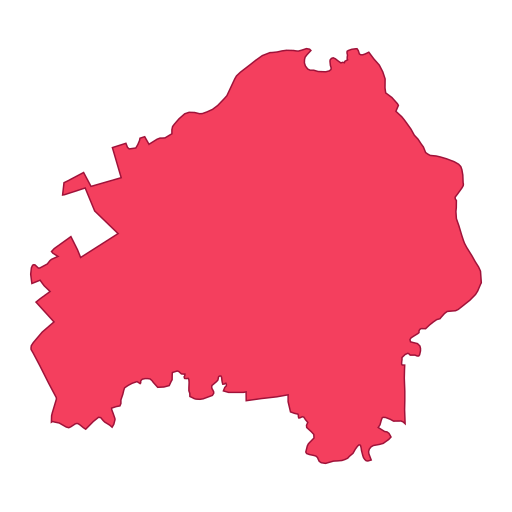 Vinh Yen, Vĩnh Phúc, Vietnam
{"feature_id": "81297802B55955468315553", "entity_name": "Vinh Yen", "entity_type": "district", "adm_level": 2, "iso_a3": "VNM", "parent_name": "Vietnam", "parent_adm1": "Vĩnh Phúc", "projection": "albers", "projection_center": [105.597, 21.306], "detail": "fine", "context": "isolated", "style": "filled", "palette": "rose", "viewbox_px": 512, "rotation_deg": 0, "n_neighbors": 0, "source": "geoboundaries", "source_scale": "gbopen_adm2", "svg_char_len": 5133}
<svg xmlns="http://www.w3.org/2000/svg" viewBox="0 0 512 512"><path d="M368.8,52.2L365.3,53.9L362.7,54.8L360.8,54.8L359.6,54.1L359.4,54.0L358.3,50.6L357.0,48.7L355.4,48.8L351.7,49.3L348.3,50.5L347.1,51.3L347.0,53.0L347.3,54.1L347.5,55.3L347.2,57.1L347.2,59.0L347.6,59.8L344.9,61.3L344.4,62.7L342.7,62.3L340.9,62.9L338.3,61.1L335.4,58.8L333.2,57.8L331.4,58.4L330.1,60.0L330.0,61.5L330.4,65.4L331.2,68.0L330.9,69.6L329.3,70.9L325.7,71.8L318.1,71.5L313.7,70.2L310.1,70.2L307.7,69.0L305.4,66.0L304.4,62.9L304.5,59.7L305.1,57.2L307.0,54.7L310.9,50.5L309.6,49.2L306.5,48.6L301.9,50.1L298.3,51.1L295.9,50.9L293.6,50.5L286.5,50.3L282.0,50.9L277.1,52.0L272.3,52.5L270.0,52.6L262.3,55.6L256.3,59.9L256.2,59.9L249.9,64.9L240.4,72.2L236.5,75.9L234.8,78.8L226.9,95.7L224.3,98.6L217.8,105.4L212.5,109.4L207.0,111.9L202.3,113.6L199.5,113.7L194.6,112.5L189.1,112.3L184.7,113.8L179.1,118.7L174.5,124.0L172.6,126.5L171.9,129.7L171.9,133.8L170.0,134.9L165.0,137.9L161.9,138.1L160.0,138.1L157.1,139.2L149.1,144.2L149.0,144.3L144.7,136.7L140.0,138.2L139.5,140.6L137.8,144.6L135.8,148.0L129.2,148.9L127.5,147.4L125.9,143.3L112.4,147.6L121.2,177.7L91.0,186.4L83.6,172.5L67.3,181.1L64.0,182.7L62.6,195.0L64.5,194.7L82.0,189.0L85.2,188.0L94.7,211.0L118.1,233.6L80.6,257.5L77.5,249.8L70.9,236.6L54.2,248.6L51.5,251.5L53.0,253.3L58.0,256.4L51.4,259.4L49.9,260.7L47.3,264.0L39.8,268.0L38.4,268.1L35.0,264.9L33.8,264.7L32.6,265.2L31.4,267.8L30.7,274.2L31.4,280.0L31.9,283.5L40.1,280.2L42.3,283.3L44.2,285.8L50.1,291.5L40.2,298.7L36.0,302.1L54.0,321.9L42.2,332.1L33.3,342.6L31.3,345.7L31.0,348.0L31.1,349.5L33.2,353.1L39.9,365.8L48.6,383.1L56.3,397.6L56.4,399.1L52.7,411.5L52.3,412.8L51.6,415.7L51.4,422.2L52.6,421.5L54.8,422.1L59.2,423.0L66.2,427.0L68.7,427.7L68.8,427.7L70.8,426.8L75.2,423.9L76.5,423.5L78.0,423.6L80.0,424.9L83.4,427.7L85.7,429.2L93.3,421.5L98.5,417.3L100.7,417.6L103.3,420.7L104.9,422.2L106.6,423.2L109.8,425.2L112.1,427.2L113.8,424.3L114.8,420.4L115.0,419.7L114.9,418.5L113.1,413.3L111.7,409.6L111.6,408.1L116.2,406.6L119.9,405.9L120.9,403.5L120.9,399.9L122.8,394.3L123.8,390.1L124.6,387.8L128.3,385.3L132.1,383.3L137.0,381.6L139.1,382.9L140.1,383.6L140.7,382.9L140.7,381.1L141.3,380.1L142.3,379.2L145.0,378.6L147.7,378.6L150.0,378.9L152.0,380.6L153.3,382.4L157.7,387.3L163.9,387.0L169.2,385.6L171.2,381.3L172.1,379.8L172.2,374.7L172.4,372.5L177.2,371.0L178.8,371.5L181.4,373.9L183.6,374.1L184.9,374.1L184.8,375.7L184.1,376.9L184.6,378.4L186.3,378.6L188.3,378.4L188.9,379.8L189.1,382.4L188.9,387.8L188.9,390.8L189.8,393.4L189.9,396.5L191.9,397.4L194.2,398.6L196.0,399.1L200.0,399.3L203.2,398.8L212.4,395.4L213.7,393.3L213.7,391.9L212.9,390.2L211.9,388.4L211.7,387.0L211.9,385.5L213.7,384.0L216.4,381.7L217.8,380.2L218.3,378.3L218.3,377.5L218.8,376.5L219.8,376.0L220.9,376.0L221.6,377.3L221.9,380.3L222.3,382.5L222.8,384.2L224.4,384.0L225.1,383.4L225.9,383.2L226.4,384.5L226.3,385.9L224.8,387.4L223.4,390.9L228.6,392.4L243.3,392.4L246.1,391.9L246.2,400.7L261.1,398.6L276.9,396.8L288.1,394.8L288.1,401.7L290.5,411.9L293.3,412.9L294.3,413.3L296.4,413.8L297.8,414.0L298.3,415.0L298.4,416.6L298.7,417.9L299.8,417.9L302.3,416.7L303.9,417.2L305.5,419.7L307.8,422.4L306.5,425.3L306.7,427.5L311.3,431.7L313.8,434.4L314.0,438.0L309.9,442.2L308.4,443.8L307.3,446.0L305.8,452.0L306.6,453.5L309.3,454.5L313.2,455.3L315.8,456.0L317.5,457.5L318.2,459.2L319.2,461.3L321.2,462.7L325.5,463.4L333.5,461.1L337.3,460.9L341.9,460.5L344.9,459.5L347.7,458.2L349.4,456.3L353.0,453.3L355.3,449.2L357.5,446.2L358.8,445.0L359.8,444.9L360.5,445.5L361.1,447.7L361.5,450.5L362.8,455.6L363.5,457.6L364.7,459.4L366.1,460.7L367.8,461.0L371.2,460.0L368.9,453.9L368.6,451.7L369.3,449.1L371.1,446.8L373.4,445.5L379.5,444.4L383.2,443.4L388.8,439.4L391.0,437.0L390.9,436.8L389.0,433.4L387.0,431.9L384.6,431.5L378.2,427.5L380.0,424.8L381.3,420.1L382.2,417.8L383.1,417.3L385.7,417.5L390.5,419.4L393.5,421.1L401.0,421.0L403.1,421.9L405.1,423.7L404.6,409.6L404.8,400.3L404.8,391.3L404.3,378.1L404.5,370.1L404.7,365.1L402.2,365.0L401.6,364.1L401.7,361.8L402.0,359.7L402.0,357.5L405.1,354.5L407.8,353.3L408.7,353.6L410.2,355.1L415.0,355.1L417.2,356.0L418.7,356.0L419.6,354.8L420.5,350.9L420.5,348.4L419.9,346.0L417.5,343.6L412.6,342.4L410.5,341.8L409.9,339.6L411.1,337.8L413.9,336.0L417.8,333.6L419.0,332.6L419.0,330.8L419.8,329.4L421.1,328.6L425.6,328.7L429.6,324.9L433.4,321.9L436.7,319.6L440.0,318.7L441.0,317.4L444.5,313.5L447.1,311.5L448.6,311.3L455.6,310.7L458.3,309.4L469.9,300.2L475.5,294.5L477.7,291.0L480.6,284.1L481.3,282.8L480.5,271.2L478.6,267.0L475.1,261.5L472.1,256.1L466.6,247.3L464.5,243.3L463.4,240.4L461.7,235.2L458.8,225.5L456.4,218.7L455.9,211.5L456.3,207.7L456.4,200.5L455.3,199.0L455.1,197.2L457.7,193.8L461.9,188.0L463.2,185.7L463.4,184.1L463.1,182.7L462.8,175.0L461.9,169.7L460.8,166.6L458.6,164.2L454.4,161.8L446.6,158.8L440.5,157.0L436.2,156.0L430.1,155.4L427.5,153.9L425.6,152.5L423.4,147.0L421.0,143.7L418.0,139.1L414.3,135.2L411.0,129.2L407.8,124.7L404.3,119.9L401.9,116.9L395.9,111.3L398.4,105.4L397.5,103.8L391.9,97.5L385.7,92.9L385.0,88.0L385.1,78.9L382.8,71.9L379.3,65.1L373.9,59.0L368.8,52.2Z" fill="#f43f5e" stroke="#9f1239" stroke-width="1.5"/></svg>